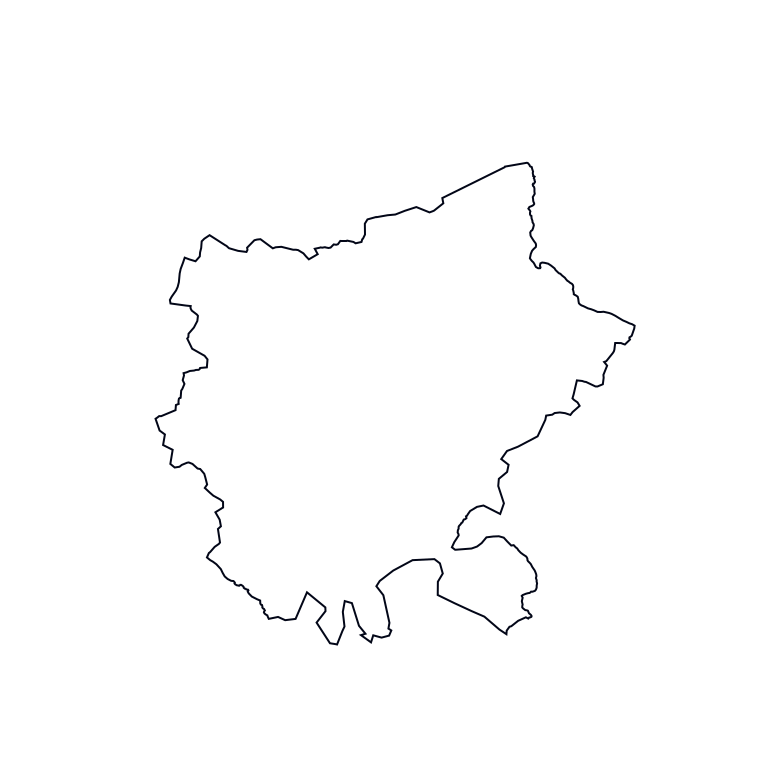 outline of Ganjuwa, Bauchi, Nigeria, rotated 116°
{"feature_id": "59680162B89766877463651", "entity_name": "Ganjuwa", "entity_type": "district", "adm_level": 2, "iso_a3": "NGA", "parent_name": "Nigeria", "parent_adm1": "Bauchi", "projection": "equal_earth", "projection_center": [9.981, 10.738], "detail": "fine", "context": "isolated", "style": "outline", "palette": "ink", "viewbox_px": 768, "rotation_deg": 116, "n_neighbors": 0, "source": "geoboundaries", "source_scale": "gbopen_adm2", "svg_char_len": 6154}
<svg xmlns="http://www.w3.org/2000/svg" viewBox="0 0 768 768"><g transform="rotate(116 384 384)"><path d="M511.4,572.0L513.7,573.1L515.4,574.1L524.2,565.3L525.4,558.8L535.7,555.8L535.8,545.1L549.5,541.0L550.8,535.5L548.0,531.5L545.4,530.3L541.1,526.5L540.1,525.1L539.8,521.1L541.7,514.5L541.0,511.9L543.5,506.2L546.0,503.9L551.9,498.9L556.0,499.5L558.0,492.9L559.2,488.4L559.6,480.6L560.5,477.0L565.5,474.5L573.2,479.3L578.0,472.2L583.4,468.2L587.1,469.7L598.4,461.9L600.1,462.3L604.6,464.8L611.3,466.6L612.7,467.3L617.5,467.1L618.5,463.0L618.7,459.9L619.5,455.6L621.9,449.5L624.5,446.2L626.8,442.8L627.8,439.1L627.9,435.1L627.1,432.9L627.4,432.0L627.9,431.0L628.3,430.9L628.8,430.9L629.3,429.8L629.4,427.7L629.0,426.9L628.9,425.8L628.1,425.3L627.6,425.2L627.2,424.4L627.3,423.2L627.5,422.1L628.1,421.0L628.6,420.8L629.0,419.5L628.7,418.6L629.0,417.7L628.8,416.9L628.5,416.1L628.9,415.4L630.3,415.5L631.5,413.8L633.0,409.6L633.1,403.7L632.9,400.4L635.6,398.9L636.3,397.6L636.1,396.8L637.2,395.8L638.2,395.4L638.7,394.5L638.8,393.2L639.8,391.8L640.8,392.0L641.8,391.9L642.6,390.9L643.0,389.3L643.1,387.4L643.9,386.7L645.6,384.6L639.8,377.1L639.6,369.3L633.9,360.5L605.0,361.9L610.5,338.8L613.8,337.0L628.0,340.0L640.7,318.9L639.1,313.7L638.7,312.0L624.3,313.1L619.3,313.2L606.9,321.1L596.3,324.1L595.0,316.8L612.3,300.5L616.6,291.2L619.8,294.6L621.9,282.4L614.6,283.5L613.0,275.0L607.9,269.1L602.3,269.4L601.9,272.8L596.3,274.4L574.1,292.0L569.1,302.2L562.9,301.5L547.6,293.9L529.8,281.1L519.3,261.9L520.7,255.1L528.6,248.1L538.1,248.9L550.1,243.2L550.1,224.6L549.7,205.5L549.1,191.8L554.1,172.6L555.2,164.3L551.9,165.6L547.2,164.8L545.9,163.4L538.0,159.6L531.5,154.2L531.6,151.5L530.2,151.1L529.6,150.2L528.7,149.5L527.9,149.6L527.1,150.8L526.5,153.2L524.7,155.3L524.8,156.4L525.3,157.9L524.7,160.7L524.2,161.8L522.9,162.4L521.5,162.7L518.8,164.9L515.3,165.7L514.1,167.3L513.0,166.9L510.4,164.6L508.9,162.9L508.0,161.6L507.2,161.1L506.2,160.8L505.6,159.5L503.8,157.7L502.2,157.3L500.2,157.5L498.0,158.5L496.1,159.0L494.7,160.2L493.4,160.8L491.8,162.4L489.8,162.8L488.3,163.8L486.4,165.8L485.5,166.9L483.4,170.6L481.5,173.1L480.7,175.1L480.2,176.7L479.6,177.7L478.1,178.6L477.2,179.7L476.7,180.7L476.3,184.0L475.7,187.2L474.5,190.4L473.4,192.2L473.1,193.9L472.0,196.8L473.4,198.8L471.5,204.2L469.6,209.0L470.5,214.0L473.2,219.0L476.9,224.7L484.2,226.5L489.3,229.1L493.5,233.2L501.6,247.0L501.8,247.5L501.0,251.4L495.3,251.5L487.4,250.5L486.3,251.2L485.2,252.7L483.0,253.5L481.4,253.5L479.7,254.3L478.6,254.3L476.4,253.6L475.3,253.6L474.2,252.9L470.9,252.9L469.8,251.7L468.4,251.1L467.0,252.3L465.9,251.6L464.8,251.6L460.4,250.9L453.7,246.6L449.6,241.3L449.9,222.6L438.7,223.9L425.6,236.6L418.9,239.2L409.1,234.8L402.0,236.6L400.1,245.7L390.3,244.1L381.6,236.1L363.7,223.0L345.5,223.3L341.3,224.4L337.8,219.3L335.3,217.9L332.5,213.5L330.8,208.4L330.1,202.9L326.6,202.2L317.9,198.6L315.7,202.0L315.0,206.3L314.3,208.3L310.2,209.0L296.2,212.2L294.4,207.2L294.1,204.8L293.6,203.3L293.5,192.9L292.6,191.0L288.3,187.2L282.1,189.3L279.6,190.8L269.7,191.5L267.7,195.8L266.0,194.2L255.8,191.9L253.9,191.7L252.1,192.0L245.8,194.2L243.3,188.9L243.2,187.1L242.9,184.8L236.2,182.4L235.3,183.6L234.4,183.8L233.4,183.1L232.0,182.5L224.5,183.4L221.7,184.3L221.5,187.4L221.9,190.0L221.9,193.4L222.1,197.0L221.7,202.0L221.3,205.9L221.2,210.2L221.5,212.8L222.8,218.3L224.3,220.8L225.6,223.7L225.7,227.5L226.0,230.6L226.6,233.8L226.6,238.9L226.8,241.0L226.5,242.9L226.0,244.2L224.4,245.4L222.2,246.8L220.6,248.2L220.2,250.8L220.3,251.8L220.1,252.8L219.2,253.2L216.9,255.0L216.2,255.8L214.8,256.0L213.3,256.7L212.3,257.5L211.6,258.9L211.4,261.4L210.9,263.2L210.9,264.3L210.0,266.5L209.2,268.0L208.4,271.6L207.6,273.8L207.8,274.9L207.5,276.3L206.9,278.1L206.4,279.7L205.3,281.4L204.3,285.9L203.9,289.2L204.7,292.8L205.5,295.1L207.0,296.3L209.4,295.7L210.5,294.5L211.4,294.4L212.2,295.7L212.4,296.5L212.2,298.8L209.9,301.9L209.2,303.1L208.6,305.0L207.7,306.9L207.0,308.0L202.7,309.1L199.4,309.3L197.4,308.8L194.3,307.6L192.5,308.2L191.2,309.2L189.7,312.1L187.4,315.9L186.4,317.3L183.7,319.0L181.9,318.9L180.8,318.2L178.7,318.3L175.7,318.9L174.6,319.7L173.5,321.4L172.3,322.1L170.4,324.0L168.3,325.2L168.3,326.1L167.5,327.1L166.0,327.9L164.7,328.1L164.0,329.1L163.5,330.3L163.1,331.1L161.1,330.9L159.1,329.1L157.8,328.2L156.5,327.9L155.7,328.3L155.2,329.0L154.1,330.1L152.7,330.9L150.8,332.2L147.0,331.9L145.2,333.1L142.5,334.4L141.2,335.4L140.6,336.9L139.5,337.8L138.6,337.8L138.3,337.1L136.5,336.8L135.7,337.1L135.3,337.8L134.2,338.4L133.5,339.5L133.0,339.7L131.6,339.5L131.5,340.2L131.7,341.1L130.5,341.7L129.9,342.3L128.9,342.9L127.8,343.1L125.3,345.5L124.3,346.2L124.2,346.7L124.4,347.6L124.1,348.5L123.4,349.2L122.4,351.4L122.5,352.5L135.6,370.6L136.3,370.6L191.3,413.1L195.6,409.9L206.2,415.0L207.4,416.0L209.8,418.3L210.8,432.5L219.2,441.2L226.7,448.1L230.7,454.7L237.3,463.8L237.3,464.2L243.3,471.0L248.3,471.5L258.0,466.6L262.6,466.6L263.5,467.0L266.2,466.5L270.0,471.2L269.7,473.7L271.3,480.0L271.6,480.1L272.0,480.5L274.6,486.0L278.6,486.7L279.8,488.0L280.6,490.4L284.8,491.8L286.1,493.5L286.9,496.5L286.9,497.0L288.5,499.2L289.1,501.0L289.6,501.4L292.8,505.5L296.4,500.5L304.9,506.2L303.6,509.8L301.9,513.7L301.3,519.9L301.9,521.9L303.2,524.7L305.7,536.4L308.6,541.3L310.8,543.4L308.0,558.5L309.8,561.4L311.6,563.5L321.5,566.8L323.3,565.5L325.6,565.5L328.3,573.5L329.9,582.9L328.9,586.2L328.9,587.2L326.7,606.0L332.2,609.2L335.7,610.4L342.0,607.9L346.3,607.0L350.1,605.5L356.3,607.2L357.3,613.4L357.8,618.5L363.3,617.8L369.7,617.2L374.2,616.1L382.4,613.0L387.2,612.0L391.1,611.9L398.5,613.1L402.3,613.3L405.2,611.2L400.4,596.6L398.7,591.9L399.8,591.6L400.9,590.9L402.3,589.0L403.6,582.6L404.3,581.1L409.2,579.4L416.6,579.6L424.5,581.7L427.7,580.4L429.4,580.8L436.4,571.9L437.3,557.6L439.3,553.4L446.7,550.5L450.2,556.3L451.3,556.2L452.5,556.8L453.8,559.2L455.1,560.5L457.4,564.2L460.1,566.6L462.1,568.9L464.0,567.5L468.8,566.6L471.4,563.4L476.8,563.1L478.8,563.4L485.1,560.9L485.7,560.8L486.1,561.5L487.0,561.9L488.9,561.4L490.3,560.8L490.9,560.5L491.9,559.8L494.1,561.8L498.9,559.9L510.6,570.2L511.4,572.0Z" fill="none" stroke="#020617" stroke-width="2"/></g></svg>